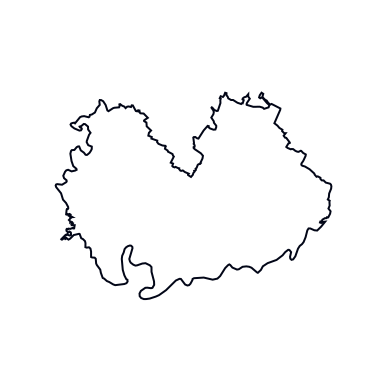 Gopalganj, Dhaka, Bangladesh (orthographic projection), rotated 290°
{"feature_id": "16705992B87804307332289", "entity_name": "Gopalganj", "entity_type": "district", "adm_level": 2, "iso_a3": "BGD", "parent_name": "Bangladesh", "parent_adm1": "Dhaka", "projection": "orthographic", "projection_center": [89.898, 23.107], "detail": "fine", "context": "isolated", "style": "outline", "palette": "ink", "viewbox_px": 384, "rotation_deg": 290, "n_neighbors": 0, "source": "geoboundaries", "source_scale": "gbopen_adm2", "svg_char_len": 5979}
<svg xmlns="http://www.w3.org/2000/svg" viewBox="0 0 384 384"><g transform="rotate(290 192 192)"><path d="M209.7,327.3L208.7,325.3L207.1,324.0L207.1,322.7L208.2,322.7L208.8,323.9L210.6,324.0L212.8,325.8L213.4,327.2L214.5,327.5L214.4,328.4L214.8,328.7L218.8,329.2L221.3,328.8L223.1,325.9L226.3,326.0L229.8,324.5L230.9,324.4L231.4,322.2L233.8,322.4L237.5,321.4L242.7,321.6L245.1,321.0L246.5,320.0L247.0,318.9L246.6,314.5L247.9,311.7L247.3,309.9L248.3,308.1L249.3,307.8L249.7,304.8L248.9,303.8L250.3,301.3L251.2,300.6L253.6,294.7L254.6,289.3L254.4,286.6L255.0,285.4L256.2,285.1L259.2,285.9L264.7,286.4L266.2,286.1L266.7,283.1L268.0,280.6L267.9,280.0L266.2,278.4L265.9,277.1L266.0,275.1L266.9,272.4L266.5,271.0L265.9,270.2L266.1,266.7L266.6,265.2L270.6,266.0L271.4,267.1L271.9,267.0L275.1,262.1L274.9,260.9L276.2,258.9L279.3,259.9L278.8,258.5L280.1,255.8L281.4,255.7L282.1,252.2L283.6,249.6L284.8,245.9L299.4,246.8L300.7,246.5L301.9,237.1L301.9,236.5L300.8,235.6L302.0,232.9L303.4,231.0L303.8,228.8L305.1,226.2L305.9,225.6L308.6,225.4L309.1,223.4L306.1,222.6L303.8,222.7L303.4,224.1L304.6,225.2L304.5,226.3L301.2,232.1L300.1,235.0L297.7,235.0L294.8,231.3L295.5,229.6L295.3,226.5L293.0,220.4L292.6,213.6L293.2,213.2L294.7,213.2L299.4,214.4L301.0,212.1L303.1,211.4L300.1,210.3L298.9,208.7L297.3,207.7L296.3,207.8L296.0,209.2L292.6,209.3L292.4,208.4L291.5,208.1L291.4,204.2L292.5,199.2L291.8,197.3L292.4,194.0L293.9,192.8L294.6,191.4L296.7,190.6L296.6,189.2L293.3,189.1L291.9,188.6L291.8,186.2L289.6,186.0L289.4,187.1L288.0,187.2L285.3,188.3L277.2,188.5L276.6,187.7L276.7,185.0L278.3,182.1L278.3,181.6L277.8,181.5L275.9,184.2L274.4,185.2L272.4,185.5L268.5,184.7L265.9,188.3L264.6,188.9L262.6,192.1L261.2,192.6L258.7,192.6L257.9,190.9L257.9,187.2L258.5,185.5L259.6,185.2L259.5,184.1L253.8,181.9L244.4,179.8L244.2,178.5L244.8,176.3L244.2,174.9L243.6,174.6L238.6,177.2L237.8,177.1L237.3,178.0L236.2,178.8L235.2,178.9L234.8,178.2L234.0,178.4L233.2,179.8L231.4,187.1L229.8,189.9L227.0,190.4L221.9,189.9L221.9,190.3L221.1,190.0L220.3,188.6L219.3,188.1L216.4,188.1L215.0,187.4L214.2,188.1L212.9,187.6L212.6,186.9L211.9,187.4L210.4,186.8L208.4,186.9L205.8,185.9L206.6,182.5L207.2,182.2L208.1,182.6L208.3,178.6L209.1,176.0L208.2,174.7L208.1,173.8L209.1,172.1L209.9,171.9L209.7,170.4L210.0,168.0L209.2,167.3L209.2,165.6L209.7,164.6L212.2,164.5L212.3,162.0L219.1,162.8L219.7,161.7L221.0,160.7L221.7,155.6L222.6,155.0L223.4,151.8L225.2,151.5L225.7,151.8L226.3,151.3L225.6,148.3L225.8,144.0L227.0,142.1L228.4,141.8L228.3,135.6L229.9,135.4L230.0,131.7L232.9,131.3L235.8,132.5L238.2,127.0L241.7,125.4L242.2,122.8L242.8,122.5L243.6,122.9L246.6,125.1L249.2,119.7L248.3,116.6L248.7,115.9L250.0,115.1L249.3,114.7L249.3,113.7L249.9,114.4L250.5,113.9L250.0,113.0L249.0,112.5L248.9,111.5L253.1,106.8L252.8,105.7L251.0,105.6L250.7,103.2L250.0,101.9L248.1,100.9L249.1,99.2L249.2,96.9L250.0,94.4L249.5,93.8L248.0,94.6L246.6,94.5L244.6,90.2L243.7,89.1L239.4,85.9L239.7,84.6L244.2,81.1L246.9,77.5L247.3,75.2L246.9,73.9L245.5,73.9L242.3,75.5L238.1,73.9L233.5,73.6L230.5,71.3L229.5,69.7L227.7,69.9L226.9,69.4L226.4,64.7L225.2,62.4L224.0,61.2L216.5,58.6L216.9,57.7L215.9,56.0L215.0,55.0L213.8,54.8L212.6,56.2L211.5,59.7L211.2,65.2L212.0,66.6L213.6,66.9L214.3,66.2L214.5,64.5L215.0,64.0L216.2,65.5L218.9,67.0L219.2,68.3L217.9,71.9L215.2,73.0L212.9,76.4L210.6,75.7L203.9,75.7L202.8,76.0L200.5,78.5L200.4,82.3L198.1,83.1L196.2,82.9L193.7,82.3L191.1,80.8L190.7,80.1L190.6,79.2L192.0,77.0L193.1,73.2L196.2,70.4L195.9,69.4L194.7,68.3L191.3,67.1L190.2,64.7L189.1,64.3L186.4,64.6L179.9,68.2L175.7,71.6L174.3,75.4L173.4,76.0L172.2,74.9L170.2,71.8L170.5,68.0L169.4,66.5L167.6,65.8L163.2,65.5L161.2,67.1L160.1,70.1L159.2,70.6L158.3,70.5L154.4,67.4L153.3,62.6L152.5,61.7L151.4,61.7L150.1,62.7L146.0,69.4L140.7,73.4L138.6,77.4L135.6,80.7L134.3,81.3L133.4,81.1L133.2,80.3L132.2,80.3L127.9,81.4L127.9,82.4L128.7,82.7L128.7,83.3L129.5,84.4L129.2,85.7L128.6,85.8L128.5,84.3L127.5,84.4L127.5,85.3L127.9,85.0L128.0,85.4L127.5,88.3L126.9,87.0L126.3,87.1L125.9,86.4L125.2,86.6L123.6,85.9L122.6,87.9L121.9,88.0L122.5,88.6L121.9,89.1L122.6,89.8L122.2,90.3L121.1,89.9L121.4,90.8L119.8,90.6L120.7,93.1L117.5,93.7L117.1,92.9L117.5,92.2L115.8,90.4L115.3,88.4L114.6,88.3L114.5,87.0L113.9,86.8L112.6,87.3L112.0,88.5L111.8,89.8L112.9,90.5L112.5,92.0L110.4,93.0L109.3,92.1L109.2,90.2L109.9,89.2L108.7,88.8L108.6,88.0L108.1,87.7L102.9,85.3L102.7,85.7L103.0,86.4L106.2,88.2L106.1,89.0L104.7,88.5L104.4,89.0L105.6,90.1L105.0,92.2L106.4,93.4L111.1,95.6L114.1,100.2L114.1,100.8L110.7,103.7L110.4,105.8L109.2,108.3L107.5,109.4L103.7,110.7L103.7,112.1L104.8,114.1L104.1,115.9L101.6,117.5L96.4,119.4L96.3,120.5L97.0,123.0L96.3,124.4L92.0,126.4L90.8,127.6L87.7,132.3L84.9,134.0L80.7,137.5L80.6,139.0L79.2,142.5L79.1,145.0L78.2,149.6L78.2,151.7L82.4,159.9L83.9,161.6L85.8,162.1L87.5,161.3L87.6,160.1L90.5,157.0L95.1,153.6L105.1,148.9L108.2,148.2L111.7,148.5L115.3,148.2L117.5,149.0L119.2,150.3L120.5,152.0L120.7,153.2L120.0,154.7L118.8,155.3L107.6,156.0L105.6,157.4L104.6,158.6L103.6,161.8L103.5,164.0L104.3,165.5L107.8,169.8L109.2,172.7L108.7,177.5L107.6,179.6L103.1,181.3L95.0,186.9L91.8,188.2L88.4,187.6L87.6,186.4L86.8,182.7L86.0,180.9L81.6,177.8L78.7,177.4L76.2,178.5L75.0,180.5L74.9,183.3L75.6,185.3L77.4,188.7L81.3,193.7L83.8,196.3L90.9,201.2L103.3,207.1L106.1,209.9L106.5,211.3L102.7,217.2L102.6,219.7L103.5,221.1L105.2,221.9L109.2,222.5L110.5,222.3L111.7,223.4L115.6,232.3L116.7,241.4L119.3,245.5L122.6,247.2L131.9,249.2L135.6,250.9L136.7,251.8L136.5,252.9L134.8,255.8L134.5,260.8L135.4,262.4L139.0,265.1L140.7,268.5L141.3,271.3L141.2,273.8L138.7,280.5L138.6,281.5L142.3,283.4L146.4,284.0L151.0,287.4L157.1,294.7L163.5,298.8L167.3,300.1L170.5,302.1L170.8,302.8L170.7,303.6L169.4,305.7L164.6,306.3L163.0,307.2L162.3,308.7L163.3,310.1L166.9,311.1L175.0,311.0L178.2,311.7L180.6,313.2L183.1,314.0L188.4,314.2L195.4,313.5L197.6,314.0L198.2,315.6L197.9,320.1L198.6,322.8L203.6,325.2L209.7,327.3Z" fill="none" stroke="#020617" stroke-width="2"/></g></svg>